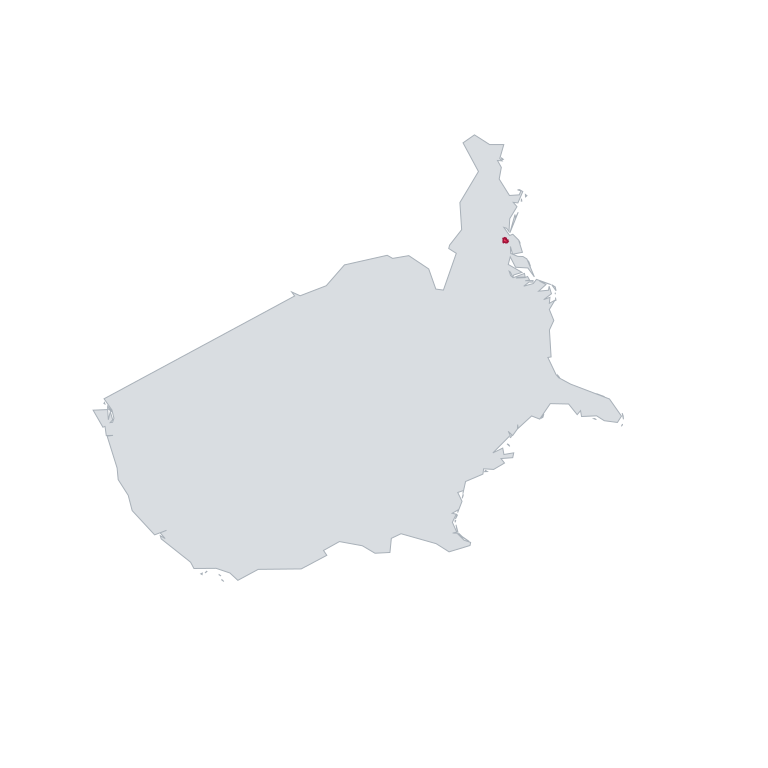 Hunterdon, New Jersey, United States of America (highlighted), rotated 308°
{"feature_id": "52423323B25129931119647", "entity_name": "Hunterdon", "entity_type": "district", "adm_level": 2, "iso_a3": "USA", "parent_name": "United States of America", "parent_adm1": "New Jersey", "projection": "orthographic", "projection_center": [-75.003, 40.564], "detail": "fine", "context": "in_parent", "style": "filled", "palette": "rose", "viewbox_px": 768, "rotation_deg": 308, "n_neighbors": 0, "source": "geoboundaries", "source_scale": "gbopen_adm2", "svg_char_len": 4534}
<svg xmlns="http://www.w3.org/2000/svg" viewBox="0 0 768 768"><g transform="rotate(308 384 384)"><path d="M573.7,332.1L609.6,327.6L622.7,297.8L636.0,301.9L637.7,319.8L646.4,331.0L633.0,336.4L632.5,339.7L630.0,335.8L626.9,343.1L616.4,348.6L609.8,366.8L616.3,374.1L620.5,373.0L619.2,369.7L620.6,371.1L621.1,374.9L609.1,378.0L606.7,374.0L605.6,379.6L591.7,381.3L581.1,388.6L582.2,384.6L581.2,382.0L578.4,391.6L581.3,393.3L580.3,401.5L573.0,412.0L565.5,405.5L570.2,398.9L564.9,403.4L566.9,410.8L570.0,415.0L570.5,419.6L561.0,436.5L564.0,425.9L557.0,415.8L561.9,405.2L554.7,408.3L556.9,424.0L550.0,419.2L547.6,419.6L550.0,414.7L549.9,413.2L547.4,417.0L547.2,420.3L557.6,426.6L555.2,429.4L550.6,423.8L548.8,422.8L554.6,429.6L557.1,430.9L555.5,434.8L552.3,431.7L557.3,437.8L556.0,438.6L553.6,435.5L547.1,433.9L555.1,439.8L560.3,439.7L565.1,454.3L560.8,443.1L562.1,450.4L552.3,448.7L559.2,455.9L562.7,453.9L558.2,460.4L548.8,457.9L554.5,461.4L549.4,464.6L555.2,467.1L544.5,468.4L538.6,478.7L528.4,481.1L508.2,499.0L505.8,496.8L497.4,513.6L496.5,517.8L498.8,531.2L511.0,570.9L504.9,590.9L497.4,591.6L490.7,580.2L489.8,571.1L480.0,559.7L484.0,555.3L478.8,555.1L481.9,541.8L470.9,527.1L452.2,528.3L449.7,520.0L431.7,517.0L434.3,514.3L430.8,516.8L422.5,517.1L423.2,511.0L421.3,515.1L396.7,512.2L406.6,517.0L402.3,521.9L409.6,528.6L405.2,530.8L397.3,522.1L395.9,527.6L384.2,523.0L378.5,514.7L373.9,517.4L357.4,508.3L346.1,513.7L349.0,512.2L343.9,508.9L339.6,517.7L328.0,521.2L330.7,520.0L324.1,517.3L325.9,521.1L317.1,523.0L312.1,532.5L308.8,529.9L311.4,533.5L310.2,543.2L312.5,549.8L309.7,551.2L291.8,538.6L290.3,523.4L276.5,489.6L266.9,484.8L254.9,492.4L245.1,481.1L243.2,466.5L232.4,445.9L215.6,438.8L213.8,444.4L187.3,432.6L160.5,399.0L139.3,389.7L140.2,378.9L135.4,365.2L121.6,347.8L124.5,341.3L124.8,303.8L126.7,301.1L127.5,306.7L128.9,299.3L134.8,302.7L123.9,296.1L129.2,263.5L138.8,251.0L145.0,233.4L153.5,225.4L172.5,197.9L176.7,202.1L172.4,196.9L178.8,190.3L176.9,189.1L184.3,170.9L193.7,182.0L186.1,188.8L193.6,185.4L188.8,192.2L185.0,192.0L186.7,193.7L190.7,192.3L196.0,185.7L200.0,172.5L398.3,259.4L399.7,254.6L401.9,263.6L425.9,278.0L453.5,279.5L487.4,307.3L488.3,313.5L500.4,324.5L502.2,348.4L490.7,366.4L494.6,373.0L531.5,360.5L530.6,351.6L533.8,350.2L553.4,350.2L573.7,332.1ZM595.9,385.2L602.0,384.0L580.7,390.1L598.2,382.9L595.9,385.2ZM196.5,179.9L195.1,185.4L194.6,186.0L194.6,181.2L196.5,179.9ZM312.4,548.1L311.4,539.1L312.4,534.4L311.9,539.5L312.4,548.1ZM634.5,336.9L634.5,339.7L633.6,339.2L634.5,336.9ZM378.4,517.2L378.6,519.3L376.9,517.3L378.4,517.2ZM124.9,359.3L127.2,359.5L127.2,359.9L124.9,359.3ZM123.1,357.2L121.8,358.0L121.6,356.5L123.1,357.2ZM614.6,378.2L613.0,380.0L612.6,379.6L614.6,378.2ZM314.7,530.4L312.5,533.8L317.4,527.4L314.7,530.4ZM507.4,557.9L509.8,565.7L507.0,557.2L507.4,557.9ZM132.3,371.4L132.4,373.8L132.1,371.5L132.3,371.4ZM506.1,592.1L503.6,594.4L507.7,589.6L506.1,592.1ZM565.9,459.2L563.4,462.2L565.5,454.9L565.9,459.2ZM197.3,175.1L196.4,176.4L196.2,175.3L197.3,175.1ZM325.7,522.6L321.6,523.4L325.9,522.1L325.7,522.6ZM620.4,378.7L620.4,380.7L618.6,380.3L620.4,378.7ZM130.0,376.7L129.8,379.4L129.7,376.8L130.0,376.7ZM320.5,524.6L318.8,525.2L320.4,524.0L320.5,524.6ZM569.5,422.9L566.9,427.0L569.9,421.3L569.5,422.9ZM344.7,515.1L342.0,516.0L345.9,514.2L344.7,515.1ZM497.8,515.7L497.1,518.8L497.0,516.6L497.8,515.7ZM556.1,467.7L555.2,468.3L557.7,465.9L556.1,467.7ZM458.8,528.4L455.6,529.7L454.4,529.2L458.8,528.4ZM421.4,516.3L420.8,516.8L419.1,516.4L421.4,516.3ZM486.4,571.1L486.7,573.3L485.8,570.6L486.4,571.1ZM413.0,519.5L412.3,521.5L412.6,517.8L413.0,519.5ZM498.6,597.0L496.8,597.1L499.3,596.6L498.6,597.0ZM579.8,402.9L578.6,404.9L580.1,402.0L579.8,402.9ZM561.5,462.8L560.4,463.5L560.2,463.5L561.5,462.8Z" fill="#d9dde1" stroke="#a8b0b8" stroke-width="1"/><path d="M573.5,393.0L573.1,392.2L573.0,391.8L573.2,392.0L573.5,391.3L573.8,390.9L573.7,390.7L573.9,390.4L573.7,390.3L573.7,390.1L573.6,389.8L573.8,389.3L573.7,389.1L573.0,388.8L572.7,388.8L572.0,388.2L571.6,388.6L571.2,389.2L571.1,389.3L570.7,389.4L570.1,389.8L569.8,390.2L569.4,390.3L569.1,390.8L568.9,390.9L568.9,391.0L569.0,391.0L569.3,391.2L569.5,391.0L569.8,391.1L570.1,391.4L570.2,391.5L570.3,391.7L570.2,391.8L570.3,392.0L570.3,392.3L570.2,392.4L570.2,392.5L570.3,392.9L570.3,393.1L570.5,393.2L570.5,393.3L570.9,393.3L570.9,393.2L571.0,393.2L571.1,393.3L571.3,393.4L571.4,393.7L571.4,393.8L571.5,393.9L571.5,394.1L572.4,394.1L572.2,393.7L572.9,393.6L572.9,393.1L573.5,393.0Z" fill="#f43f5e" stroke="#9f1239" stroke-width="1.5"/></g></svg>